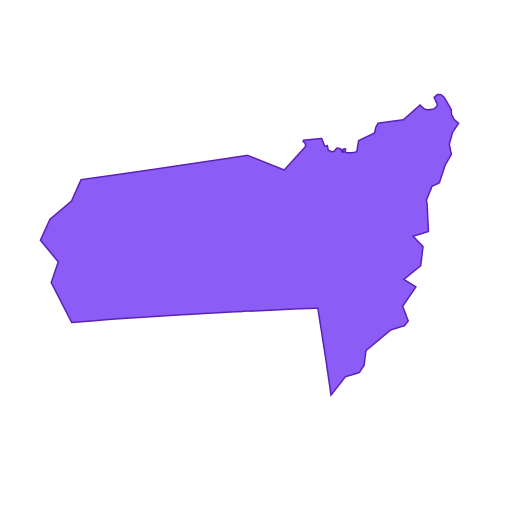 the district of Wicomico, Maryland, United States of America, rotated 175°
{"feature_id": "52423323B57942162225750", "entity_name": "Wicomico", "entity_type": "district", "adm_level": 2, "iso_a3": "USA", "parent_name": "United States of America", "parent_adm1": "Maryland", "projection": "natural_earth1", "projection_center": [-75.697, 38.394], "detail": "fine", "context": "isolated", "style": "filled", "palette": "violet", "viewbox_px": 512, "rotation_deg": 175, "n_neighbors": 0, "source": "geoboundaries", "source_scale": "gbopen_adm2", "svg_char_len": 1559}
<svg xmlns="http://www.w3.org/2000/svg" viewBox="0 0 512 512"><g transform="rotate(175 256 256)"><path d="M255.6,357.0L364.9,350.4L423.6,347.3L435.0,326.8L458.1,310.5L469.4,290.5L453.5,267.4L462.3,247.4L445.4,205.8L435.2,205.7L424.5,205.6L408.7,205.6L407.9,205.6L396.6,205.4L386.9,205.2L384.3,205.2L384.2,205.1L350.1,204.3L348.9,204.3L334.2,203.9L332.2,203.8L319.4,203.4L318.4,203.4L310.7,203.2L292.9,202.6L292.4,202.6L282.5,202.3L275.8,201.9L271.9,202.0L269.2,201.9L265.7,201.5L243.1,200.6L230.9,200.2L220.4,199.8L218.5,199.7L199.0,198.6L197.0,170.5L196.8,166.9L195.3,144.7L194.3,126.7L193.4,110.9L177.5,127.9L163.2,130.9L157.8,137.9L154.7,152.2L128.4,170.5L119.3,172.6L114.1,173.6L110.0,178.1L114.3,193.1L99.4,211.3L110.8,219.8L92.8,232.0L88.8,250.8L97.8,262.0L82.1,265.4L81.0,292.8L81.4,296.8L74.5,310.2L67.0,312.9L59.5,330.3L52.5,340.2L53.7,350.5L49.3,362.2L42.6,370.5L46.9,375.0L48.9,380.2L48.7,384.9L54.6,397.5L57.7,400.6L61.2,401.1L64.7,398.5L62.1,391.1L62.7,389.4L66.2,386.8L72.4,386.7L75.4,387.7L79.4,392.1L97.3,378.9L122.9,377.7L125.4,373.8L127.2,368.2L143.7,362.0L146.5,351.2L148.7,350.7L151.2,350.5L154.0,350.7L156.5,351.0L157.5,351.3L158.0,351.6L158.1,352.4L157.4,354.0L157.5,354.8L158.3,355.2L159.9,354.8L160.2,354.3L160.1,353.5L159.7,352.4L160.0,351.7L160.6,351.7L161.3,352.7L161.7,354.2L162.5,355.4L165.5,356.5L166.3,356.3L168.4,354.1L169.6,353.3L170.4,353.1L174.7,354.9L175.4,359.8L177.9,359.2L180.3,367.4L198.5,367.2L199.1,366.1L197.1,363.9L197.1,360.8L220.4,339.2L255.6,357.0Z" fill="#8b5cf6" stroke="#5b21b6" stroke-width="1.5"/></g></svg>